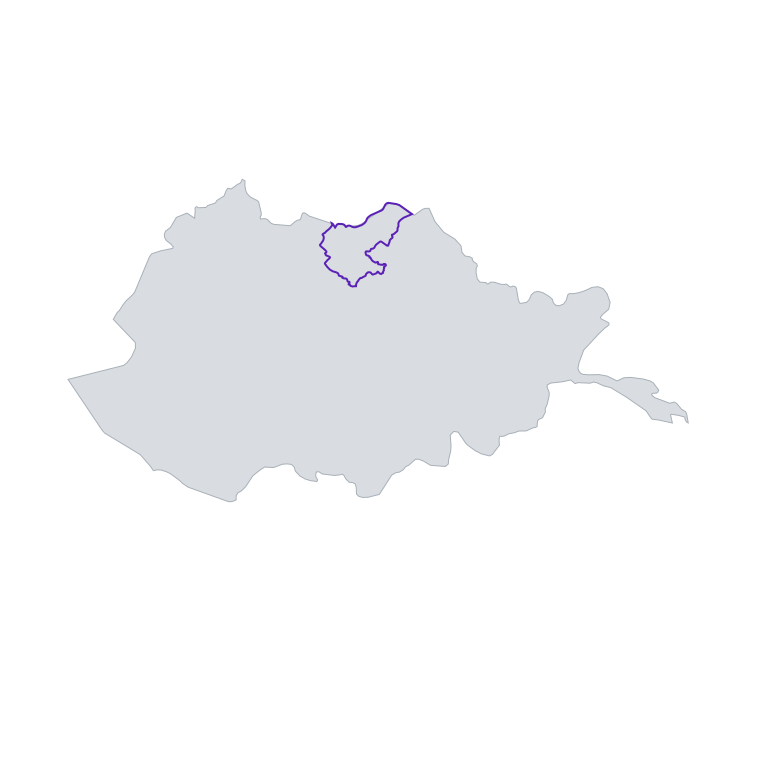 Faryab highlighted on a map of Afghanistan, rotated 37°
{"feature_id": "AFG-1745", "entity_name": "Faryab", "entity_type": "Province", "adm_level": 1, "iso_a3": "AFG", "parent_name": "Afghanistan", "parent_adm1": "", "projection": "natural_earth1", "projection_center": [65.119, 36.214], "detail": "fine", "context": "in_parent", "style": "outline", "palette": "violet", "viewbox_px": 768, "rotation_deg": 37, "n_neighbors": 0, "source": "natural_earth", "source_scale": "10m", "svg_char_len": 8591}
<svg xmlns="http://www.w3.org/2000/svg" viewBox="0 0 768 768"><g transform="rotate(37 384 384)"><path d="M340.3,226.8L353.4,225.6L362.3,227.3L367.0,231.9L371.6,233.0L376.0,230.8L378.8,230.4L379.9,231.8L382.1,232.4L385.6,232.2L387.5,233.5L388.0,236.2L390.6,239.7L395.2,243.9L399.2,244.9L404.5,241.6L406.3,242.0L407.2,241.0L407.7,238.6L410.9,236.3L416.8,234.2L420.1,232.3L421.2,230.8L423.2,230.4L425.4,230.8L426.9,230.2L428.1,228.1L430.1,227.3L431.9,227.7L440.1,235.4L443.3,237.7L444.7,237.3L448.7,233.1L449.2,229.3L448.0,224.3L448.7,220.3L451.3,217.3L456.2,215.4L463.4,214.7L467.8,215.1L469.5,216.7L471.7,217.6L474.4,217.7L476.9,216.0L479.2,212.2L479.2,207.6L477.1,202.1L477.6,200.3L481.2,197.6L485.0,193.4L488.6,188.1L492.0,181.6L496.4,177.5L501.6,176.0L507.9,177.7L515.5,182.8L518.5,189.1L516.8,196.5L516.7,200.6L518.2,201.3L526.7,199.9L527.9,201.0L527.8,203.1L526.7,206.2L525.3,215.0L523.1,236.8L527.0,249.7L529.5,254.9L532.1,256.5L534.6,257.1L537.1,256.6L542.2,253.3L549.9,247.2L557.4,243.4L568.3,241.3L571.8,234.7L576.8,230.4L588.3,223.9L594.5,221.5L598.2,221.0L607.0,223.5L607.6,225.4L607.0,227.5L604.5,229.3L603.8,230.7L604.8,231.7L608.3,232.0L623.6,227.5L626.9,223.6L630.1,223.5L636.6,225.1L641.6,224.6L644.3,226.3L650.4,232.0L648.5,232.3L645.8,231.2L644.2,229.3L638.1,231.8L631.4,235.4L631.5,236.3L637.8,241.6L625.2,247.4L619.5,250.6L618.2,250.7L609.5,247.7L585.5,248.6L567.3,250.4L560.3,253.4L553.6,254.8L550.2,256.3L548.0,259.4L538.1,266.2L536.3,268.7L530.7,268.4L525.0,275.0L516.6,282.9L514.9,286.5L516.3,288.4L520.9,291.3L522.9,293.9L526.3,301.5L527.7,306.9L529.7,309.2L530.9,315.6L528.9,319.2L528.9,321.1L531.8,325.9L531.2,327.4L529.1,329.7L525.9,335.8L520.0,340.4L517.5,344.4L513.4,348.9L511.7,352.7L509.9,354.8L508.0,355.9L508.6,357.9L510.3,360.4L513.0,363.3L513.0,374.7L511.6,377.9L504.1,381.1L496.9,382.4L488.0,382.5L484.6,382.0L472.2,377.8L468.3,379.9L467.6,384.9L474.8,393.1L477.7,397.6L481.0,405.3L483.5,409.2L482.7,412.9L470.0,421.0L462.0,421.8L456.9,423.2L454.4,425.2L452.7,433.8L451.0,437.0L451.0,440.7L449.4,445.0L446.8,447.7L445.0,452.2L446.7,475.0L439.4,484.1L435.3,487.4L431.4,488.9L428.2,488.4L424.0,483.2L421.2,481.2L418.3,481.6L415.4,483.4L410.7,482.8L406.7,481.0L404.8,481.2L403.6,483.0L399.4,486.9L389.0,492.9L384.8,493.3L383.0,494.8L383.7,497.2L385.6,499.2L388.8,500.6L389.0,502.3L383.7,505.3L378.3,507.3L372.1,508.1L365.6,506.9L362.3,504.3L358.4,504.0L354.9,506.0L351.2,509.1L346.1,517.2L338.7,522.1L336.8,527.1L334.5,536.1L335.3,549.3L334.4,555.2L332.8,559.0L333.1,562.1L335.6,565.5L334.6,567.7L332.5,570.2L330.5,571.6L289.6,584.3L282.9,584.6L279.5,584.1L267.9,584.1L263.1,585.0L258.2,586.7L254.7,588.9L251.9,592.0L247.1,590.3L231.8,587.1L190.5,591.3L186.6,590.5L128.9,570.5L164.9,525.8L165.9,522.1L166.1,514.7L164.0,505.0L160.4,500.5L128.9,495.3L127.9,487.7L128.4,484.3L127.9,477.8L128.0,472.7L129.5,464.4L129.6,460.6L120.1,423.5L120.1,419.8L126.1,411.3L133.6,402.9L133.2,401.4L129.5,400.5L123.8,400.4L120.8,399.1L118.5,396.8L117.6,393.5L119.2,387.5L117.9,375.9L123.8,366.1L133.0,365.6L128.4,358.4L127.4,357.6L127.1,356.4L127.6,355.2L129.9,354.8L135.5,350.2L135.8,347.6L140.4,340.9L140.1,337.9L143.1,330.0L141.6,324.7L141.4,321.8L144.7,320.0L146.9,312.6L148.1,310.7L148.3,308.9L147.6,305.9L150.7,305.4L153.5,309.3L157.9,313.3L160.8,314.5L164.5,315.1L172.6,313.8L174.3,314.0L182.7,321.0L184.2,322.8L184.8,325.6L186.2,326.5L189.1,323.7L191.9,322.8L197.4,323.6L200.3,322.6L214.0,313.9L215.1,308.3L216.4,305.1L218.3,303.2L216.1,296.8L216.9,295.5L218.7,294.9L223.2,294.9L244.0,287.9L249.5,287.9L250.7,287.3L251.0,285.4L252.5,283.3L262.4,278.1L268.0,272.8L270.1,268.9L279.4,236.6L284.3,233.8L289.4,231.7L306.6,231.1L309.7,221.2L311.3,218.9L314.3,216.6L326.9,223.6L340.3,226.8Z" fill="#d9dde1" stroke="#a8b0b8" stroke-width="1"/><path d="M276.1,249.5L277.5,247.0L278.0,245.4L277.8,243.7L277.1,240.2L277.3,238.4L278.0,237.2L279.0,236.4L285.7,232.8L288.5,231.9L304.1,231.5L303.9,231.9L299.6,239.4L298.6,242.8L298.4,244.2L298.3,244.9L298.4,245.5L298.7,246.9L300.6,249.3L301.0,251.3L301.1,251.5L301.4,251.9L301.6,252.2L302.1,252.9L302.4,253.3L302.5,253.7L302.5,253.9L302.5,254.1L302.3,255.2L302.0,256.6L301.5,258.6L301.4,258.9L301.2,259.2L301.0,259.4L300.7,259.7L300.6,259.9L300.6,260.1L300.7,260.3L300.9,260.5L301.1,260.7L302.0,261.2L302.3,261.4L302.4,261.6L302.6,261.9L302.7,262.1L302.7,262.3L302.3,263.7L302.1,265.2L302.1,265.6L302.2,265.9L302.8,266.9L303.2,268.3L303.5,269.3L303.6,269.8L304.0,270.8L303.3,271.1L303.1,271.4L303.1,271.7L302.9,271.7L302.5,271.7L296.4,271.9L295.7,272.1L295.5,272.3L295.2,272.6L295.1,272.9L293.9,277.2L293.9,279.4L294.0,279.7L294.0,280.0L294.1,280.3L294.2,280.6L294.2,280.9L294.2,281.4L294.1,281.7L294.0,282.0L293.7,282.4L293.4,282.9L293.3,283.0L293.0,283.3L292.8,283.4L292.4,283.9L292.7,285.4L292.9,286.0L292.7,286.5L292.2,287.2L292.0,287.4L291.8,287.6L291.6,287.7L290.9,288.1L290.3,288.5L290.1,288.7L289.9,288.9L289.9,289.2L289.9,289.4L289.9,289.6L289.9,289.8L290.0,290.0L290.4,290.4L291.5,291.3L292.1,291.6L292.6,291.6L292.8,291.6L293.0,291.6L293.4,291.3L293.7,291.1L295.2,290.9L295.6,290.8L295.8,290.8L296.0,291.0L296.1,291.4L296.2,291.6L296.3,291.7L296.8,291.5L297.2,291.3L297.4,291.3L297.5,291.4L297.8,291.6L298.0,291.7L299.7,292.4L301.5,292.6L304.0,292.2L304.3,292.1L304.6,291.7L304.8,291.4L305.0,291.2L305.1,290.9L305.2,290.6L305.3,290.5L305.6,290.3L305.8,290.3L306.0,290.4L306.1,290.5L306.3,290.8L306.4,291.1L306.7,291.4L307.1,291.7L307.3,291.8L307.6,291.7L307.9,291.4L308.1,291.3L309.1,290.9L309.4,290.8L310.1,290.3L310.7,290.0L310.8,290.0L311.0,289.9L311.1,289.7L311.3,289.4L311.3,289.2L311.4,288.7L311.5,288.4L312.4,287.7L313.0,287.5L313.5,287.6L313.9,287.9L314.1,288.1L314.1,288.4L314.1,288.5L313.9,288.9L313.8,289.0L313.9,289.4L313.9,289.5L313.7,289.7L313.6,289.9L313.5,290.0L313.6,290.6L313.8,290.9L314.2,291.0L314.3,291.1L314.5,291.9L314.9,292.8L315.0,292.9L315.1,293.1L315.3,293.1L315.5,293.3L315.5,293.5L315.8,295.2L315.9,295.6L316.0,295.7L316.3,295.8L316.3,296.1L316.0,296.4L315.9,296.7L315.8,297.0L315.7,297.5L315.5,297.9L314.8,298.2L313.6,298.3L312.6,298.1L311.9,298.0L311.5,298.1L311.3,298.2L311.2,298.3L311.2,298.5L311.4,298.9L311.4,299.1L311.4,299.4L311.3,300.1L311.1,300.4L310.9,300.8L310.7,301.0L309.9,302.4L309.2,303.3L308.7,303.5L308.3,303.5L307.2,303.2L306.0,303.1L305.7,303.2L305.4,303.3L304.2,304.2L304.0,304.5L303.9,304.7L303.9,305.0L303.9,305.3L303.8,305.5L303.6,305.9L303.5,306.3L303.5,306.6L304.0,308.3L304.1,308.6L304.1,308.8L304.0,309.0L302.9,311.2L302.4,312.6L302.2,312.9L302.0,313.1L301.5,313.4L301.4,313.6L301.3,313.8L301.2,314.9L301.1,316.2L301.3,317.1L301.3,317.5L301.2,318.3L301.2,318.9L301.3,319.6L301.7,321.0L301.9,321.4L302.0,321.6L302.8,322.7L301.6,323.6L300.5,324.8L300.3,325.0L298.4,325.7L297.9,325.7L297.6,325.6L297.3,325.3L297.2,325.3L296.3,325.6L296.2,325.7L295.8,325.7L295.7,325.5L295.6,325.3L295.7,325.1L295.8,324.9L295.9,324.6L295.8,324.4L295.5,323.8L295.3,323.6L295.2,323.4L294.9,323.3L294.7,323.3L294.5,323.5L294.2,323.8L293.6,324.0L292.8,323.7L292.7,323.6L292.3,323.3L292.1,323.1L291.7,322.9L291.3,322.6L291.0,322.6L290.7,322.6L290.0,322.8L289.5,323.0L289.2,323.3L288.2,323.9L286.8,324.2L286.7,324.2L286.5,323.8L286.5,323.6L286.4,323.4L286.2,323.4L285.9,323.4L283.1,324.5L282.8,324.6L282.6,324.5L282.2,324.3L281.3,323.5L281.1,323.4L280.7,323.3L278.9,323.5L276.1,324.5L275.7,324.7L274.8,324.9L273.6,325.0L272.5,325.2L271.8,325.2L268.0,324.6L264.4,323.5L264.2,323.3L264.1,323.1L264.0,322.5L264.1,321.7L264.3,320.1L264.2,319.4L264.3,318.9L264.6,317.5L264.8,316.5L264.8,315.9L264.7,315.4L264.4,315.2L262.8,315.4L261.5,315.8L261.1,315.9L260.4,316.1L260.1,316.0L259.7,315.9L258.3,315.1L258.3,314.7L258.6,314.4L258.7,314.1L258.7,313.9L258.7,313.6L258.6,313.3L258.4,313.1L258.2,312.8L255.9,312.4L250.0,312.0L249.6,311.8L249.4,311.6L249.1,311.3L249.1,311.1L249.1,310.9L249.2,310.4L249.2,310.0L249.2,309.6L249.1,306.4L248.9,305.6L248.6,304.7L248.1,303.8L247.7,303.2L247.1,302.6L246.7,302.3L246.4,302.1L245.9,301.9L245.4,301.8L245.2,301.8L245.0,301.6L244.9,301.3L245.0,300.8L245.4,299.6L245.9,298.8L246.0,298.5L245.9,297.6L246.0,296.8L246.3,295.8L247.0,292.8L247.1,291.0L247.1,289.0L246.7,287.6L245.6,287.0L246.2,286.9L247.3,287.1L250.8,288.5L250.8,287.9L250.5,285.8L250.5,284.9L250.8,284.2L251.2,283.6L253.7,281.8L255.0,281.1L256.4,280.8L257.9,281.1L258.5,281.4L259.0,281.5L259.3,281.2L259.9,279.3L260.4,278.8L260.9,278.4L261.6,278.1L264.3,277.5L265.6,277.0L266.8,276.0L267.6,275.1L270.5,270.6L271.1,269.0L271.6,267.3L271.7,265.5L271.6,264.5L271.1,262.8L270.9,261.9L270.9,260.9L271.1,260.0L271.5,258.2L272.1,256.7L276.1,249.5Z" fill="none" stroke="#5b21b6" stroke-width="2"/></g></svg>